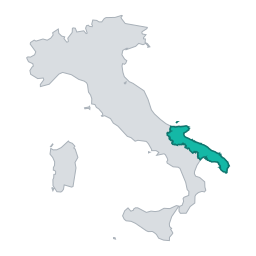 Puglia, Bari, Italy shown in context
{"feature_id": "23120603B69806914684511", "entity_name": "Puglia", "entity_type": "district", "adm_level": 2, "iso_a3": "ITA", "parent_name": "Italy", "parent_adm1": "Bari", "projection": "natural_earth1", "projection_center": [17.16, 41.008], "detail": "fine", "context": "in_parent", "style": "filled", "palette": "teal", "viewbox_px": 256, "rotation_deg": 0, "n_neighbors": 0, "source": "geoboundaries", "source_scale": "gbopen_adm2", "svg_char_len": 9092}
<svg xmlns="http://www.w3.org/2000/svg" viewBox="0 0 256 256"><path d="M34.2,40.1L36.0,41.1L43.0,39.0L47.2,40.2L50.7,38.2L53.1,35.1L52.7,32.7L58.3,29.0L58.8,33.3L61.7,36.1L64.7,36.9L64.0,38.6L66.8,42.2L68.0,41.8L68.4,41.2L67.8,38.2L72.2,32.4L72.4,28.3L73.2,27.9L75.3,28.2L76.8,32.0L83.8,30.8L86.1,33.6L87.2,33.1L85.6,28.2L86.5,25.7L88.3,25.2L89.5,26.4L92.2,26.7L92.4,25.3L91.7,24.3L92.8,20.0L96.7,20.4L99.0,21.9L101.8,21.9L104.3,18.5L106.1,17.6L115.1,17.4L121.7,15.4L122.3,15.8L121.0,17.4L121.4,18.5L125.2,23.5L147.3,27.4L146.9,28.6L142.1,31.7L141.8,32.9L142.5,34.0L146.0,34.7L143.5,37.7L143.5,38.8L145.4,39.0L145.1,42.5L147.4,43.6L149.9,46.8L147.3,47.4L148.4,46.5L145.8,43.4L143.0,44.7L138.7,43.4L135.7,46.3L125.5,49.9L127.3,48.3L126.5,48.3L122.8,50.4L121.9,54.8L124.6,59.1L126.8,60.7L125.7,63.3L124.4,64.3L122.6,63.6L122.0,66.0L122.9,72.3L124.3,76.7L129.3,81.7L132.9,83.3L144.0,90.8L148.0,99.3L151.4,109.9L154.4,113.9L160.5,119.5L166.0,123.7L171.2,126.3L184.9,126.1L188.4,127.1L188.8,128.9L188.1,130.1L184.0,133.1L183.8,135.4L185.7,137.1L195.0,141.5L204.6,145.2L211.0,150.0L219.3,154.0L225.8,160.2L228.1,163.5L228.6,166.0L227.0,170.4L226.1,172.2L221.5,169.7L217.8,162.2L209.6,160.9L207.2,159.6L205.9,157.4L203.3,157.1L201.5,158.3L197.0,165.3L194.6,171.4L194.4,173.8L195.7,176.2L199.7,177.5L204.7,181.8L204.9,187.1L205.8,190.2L204.5,191.9L201.9,191.4L198.5,192.5L196.0,194.5L195.0,196.3L194.8,203.0L190.2,206.5L186.2,213.2L180.4,213.3L179.0,211.2L179.0,208.1L180.0,206.2L182.1,205.3L183.6,201.4L183.1,198.5L184.0,197.3L188.7,195.4L188.9,191.4L187.2,189.6L185.7,182.4L180.0,168.5L178.2,167.2L173.1,166.8L167.2,163.1L166.8,161.6L167.8,160.1L167.2,158.1L165.3,154.6L164.0,153.8L156.6,155.3L158.8,152.4L156.1,150.6L151.6,150.6L151.6,149.4L148.4,143.7L146.3,141.4L137.9,140.3L135.1,141.2L131.1,137.7L127.3,136.3L117.9,126.1L113.3,123.1L110.5,118.6L104.7,115.7L102.0,116.4L101.4,115.8L102.8,114.9L102.5,113.2L98.7,108.8L96.4,107.4L94.9,104.5L91.6,103.9L91.8,98.8L90.6,95.1L88.5,92.1L87.5,84.7L86.5,82.7L84.2,81.1L78.8,79.4L71.4,74.7L62.6,72.4L58.9,74.1L49.2,84.2L40.4,86.6L40.3,84.5L43.8,79.8L43.2,78.0L37.7,78.6L30.7,74.3L29.9,70.5L32.1,67.0L33.3,66.1L32.8,63.7L28.5,61.7L26.9,58.5L26.8,57.5L27.9,56.9L30.5,57.1L34.6,54.8L35.8,51.8L30.2,44.1L30.5,42.5L34.2,40.1ZM125.7,83.7L126.1,81.8L124.2,83.0L124.7,83.8L125.7,83.7ZM178.8,206.1L171.7,216.6L169.3,223.8L169.6,226.5L171.6,228.5L170.6,229.2L172.7,232.6L172.7,233.5L169.5,237.3L169.4,240.6L163.5,240.1L158.7,238.2L156.4,234.4L154.5,232.8L152.4,231.5L148.3,231.6L146.4,230.8L135.4,223.3L131.1,221.3L126.1,220.8L124.2,219.2L122.6,215.9L124.7,210.8L128.0,207.9L130.9,211.2L133.5,210.1L133.6,209.1L135.4,207.8L137.7,207.8L146.4,212.4L151.0,211.1L155.2,211.6L159.0,211.0L164.0,208.3L169.8,208.6L176.4,205.6L178.8,206.1ZM75.2,149.1L77.9,157.4L75.0,162.5L76.0,167.9L73.0,186.5L71.6,187.1L64.2,184.9L63.5,189.2L62.4,190.9L60.9,192.0L56.9,191.7L53.0,185.6L52.9,179.6L53.7,177.8L53.9,174.4L55.5,174.2L55.7,171.8L54.8,170.5L53.3,170.1L53.4,167.5L54.5,165.5L54.7,161.9L52.7,157.4L50.0,154.1L50.8,148.4L53.2,149.9L56.8,149.8L61.2,147.6L68.4,141.0L69.3,142.2L72.3,143.3L74.9,146.2L73.8,148.0L75.2,149.1ZM89.4,106.2L90.0,107.6L89.8,109.4L88.4,108.3L84.9,108.8L84.5,107.8L88.8,107.0L89.4,106.2ZM54.0,188.6L52.9,190.8L51.9,188.0L52.1,187.6L54.0,188.6ZM53.0,144.3L51.3,146.7L50.5,146.6L52.6,143.9L53.0,144.3ZM115.5,239.1L113.6,238.6L113.5,237.6L115.0,237.7L115.5,239.1ZM150.1,152.2L148.5,152.9L148.5,151.7L150.1,152.2Z" fill="#d9dde1" stroke="#a8b0b8" stroke-width="1"/><path d="M167.7,135.3L168.6,136.2L168.8,136.7L169.0,136.6L169.0,136.9L170.0,137.2L170.0,137.4L169.8,137.5L169.7,137.7L169.9,138.1L169.6,138.1L169.2,138.5L169.5,139.3L170.5,139.6L170.4,140.0L170.6,140.2L170.6,140.3L170.8,140.5L171.7,140.3L171.7,140.5L171.9,140.6L172.0,140.8L172.5,140.7L173.0,141.1L173.0,141.3L172.4,141.4L172.4,141.7L172.7,142.3L172.0,142.6L171.8,142.9L171.8,143.2L172.0,143.5L172.3,143.5L172.6,144.0L172.7,144.3L173.2,144.5L173.6,144.3L174.2,144.5L174.5,144.7L175.0,144.2L175.3,144.5L175.5,144.5L175.9,144.9L176.4,144.8L176.6,145.0L177.5,145.3L177.5,145.0L178.2,144.4L178.9,144.4L179.3,144.6L179.7,144.5L179.8,144.7L180.1,144.7L181.0,144.4L181.5,144.7L182.0,144.6L182.1,144.3L182.0,144.1L182.5,144.0L182.6,143.7L182.8,143.9L182.9,143.6L183.1,143.7L183.4,143.5L183.6,143.9L183.8,143.8L184.1,144.1L184.7,144.1L184.8,144.4L184.7,144.5L185.1,144.5L185.1,144.8L185.4,145.4L185.6,145.3L185.9,145.4L186.2,145.8L185.9,146.0L186.0,146.6L185.9,146.7L185.6,147.2L185.0,147.2L185.1,147.5L187.1,148.3L187.5,148.8L187.8,148.6L187.8,148.3L188.3,148.1L188.9,148.3L189.2,148.5L189.5,149.7L189.9,150.4L190.3,150.9L190.9,151.3L191.5,152.0L192.0,152.3L192.5,153.0L192.8,153.1L193.2,152.8L193.8,152.3L194.1,151.7L194.3,152.0L194.5,152.1L194.4,152.3L194.8,152.5L194.7,152.4L194.8,152.2L194.6,152.1L194.7,151.9L195.0,151.8L195.2,152.2L195.3,152.3L195.3,152.1L195.4,152.3L195.5,152.2L195.3,151.8L195.5,151.7L195.7,151.9L196.4,151.9L196.5,152.0L196.8,152.1L196.8,152.3L196.9,152.0L197.1,152.2L198.0,152.8L197.7,153.0L197.6,152.8L197.5,153.0L197.8,153.3L198.0,153.3L197.7,154.5L197.8,154.9L198.1,155.2L197.8,155.4L197.9,155.6L197.7,156.2L198.0,156.7L197.8,156.9L198.2,157.3L197.9,157.9L198.3,158.2L198.5,158.1L199.0,158.3L199.0,158.2L199.3,158.4L199.5,158.9L199.9,159.4L200.1,159.4L200.2,159.6L200.3,159.5L200.5,159.6L201.4,158.5L202.7,157.5L203.9,157.0L204.7,157.0L205.3,157.2L205.3,157.5L205.6,157.3L205.5,157.5L205.6,157.4L205.8,157.6L205.9,157.9L206.1,157.9L206.1,158.0L206.1,157.9L206.2,158.0L206.2,157.9L206.5,158.0L206.5,157.9L206.6,158.0L207.0,158.2L207.1,158.6L207.0,158.9L206.8,159.1L206.4,159.1L206.3,159.4L206.7,159.4L207.6,159.9L207.6,160.1L207.9,160.0L208.2,160.3L208.9,160.5L209.6,161.1L210.5,161.1L210.7,161.4L211.4,161.6L211.6,161.9L214.6,161.7L216.9,162.0L217.3,162.2L217.5,162.1L217.8,162.4L218.1,162.5L218.2,162.8L218.3,162.7L218.5,162.8L218.5,163.1L218.3,162.9L218.8,163.5L218.7,163.9L218.8,164.3L219.4,164.9L219.5,165.1L219.8,165.3L220.3,165.9L220.3,166.4L220.2,166.9L219.7,167.1L220.1,167.2L220.4,167.6L220.5,168.0L220.4,168.2L220.3,168.4L220.0,168.3L220.4,168.9L220.6,169.1L220.7,169.4L221.0,169.9L223.1,171.6L223.3,171.6L223.7,171.9L224.9,171.9L225.6,172.5L225.9,172.5L226.2,172.9L226.5,172.7L226.4,172.8L226.6,172.8L227.0,172.2L226.8,171.8L227.1,170.7L226.9,170.3L227.3,168.5L227.5,168.3L227.7,167.8L228.4,167.3L228.5,166.5L229.2,166.0L228.9,165.6L229.1,165.4L228.9,165.1L228.6,165.1L228.7,164.9L228.3,164.2L228.2,164.1L228.1,163.8L228.2,163.4L227.8,162.7L227.8,162.4L227.6,162.4L227.6,162.2L227.5,161.9L226.8,161.5L226.4,160.8L225.6,160.2L225.4,160.0L225.4,159.8L225.0,159.4L224.2,158.5L223.6,158.1L222.3,157.6L222.1,157.3L221.5,156.9L221.5,156.6L220.8,156.1L220.7,155.9L220.9,155.3L220.4,154.7L220.4,154.4L220.5,154.3L220.1,154.2L219.8,154.2L219.8,154.3L219.6,154.1L219.6,154.3L219.3,154.3L219.2,154.5L219.1,154.3L218.8,154.4L219.2,154.3L219.5,153.9L219.5,154.1L219.6,153.9L220.0,153.9L219.3,153.9L219.0,153.4L218.8,153.5L217.3,153.3L216.6,152.9L216.6,152.7L215.7,152.3L215.1,151.8L212.5,150.9L211.4,150.5L209.9,149.3L209.5,148.9L208.8,148.6L208.6,148.1L207.9,147.5L208.1,147.5L207.9,147.4L207.5,147.1L207.4,147.1L206.9,146.7L206.3,146.5L205.9,146.0L205.1,145.7L204.6,145.4L204.5,145.2L204.5,145.3L203.7,144.9L202.1,144.5L201.5,144.1L200.7,143.9L200.6,143.7L200.5,143.4L200.1,143.3L200.5,143.5L200.4,143.6L200.5,143.6L200.3,143.8L200.1,143.6L199.9,143.6L199.5,143.5L198.9,143.1L197.5,142.7L197.1,142.4L196.3,142.3L195.7,141.9L195.8,142.1L195.5,142.0L195.7,141.9L195.5,142.0L194.7,141.4L193.2,140.9L192.8,140.4L192.8,140.5L192.7,140.4L192.8,140.4L192.4,140.4L191.7,139.9L190.8,139.6L190.6,139.5L190.6,139.4L190.6,139.6L190.4,139.5L190.5,139.3L190.3,139.5L190.0,139.4L189.1,138.7L188.3,138.4L187.8,138.1L187.7,138.1L185.4,137.1L184.7,136.5L184.2,135.8L183.8,134.8L183.7,133.8L183.8,133.1L184.2,133.0L184.2,132.9L184.2,133.1L184.2,132.8L184.6,132.6L186.7,131.5L186.8,131.1L187.5,130.7L188.0,130.4L188.1,130.2L188.4,130.1L188.4,129.9L188.8,129.8L188.9,129.6L188.8,129.4L188.9,128.7L189.0,128.6L188.8,128.6L188.9,128.4L188.7,128.3L188.6,127.9L188.6,127.4L188.8,127.4L188.5,127.3L188.6,127.2L188.4,127.2L188.2,126.8L187.6,126.7L187.0,126.1L186.6,125.9L186.0,126.0L185.8,125.9L184.2,126.3L180.5,126.7L179.9,126.7L179.0,126.4L176.9,126.8L175.4,127.0L174.6,126.9L174.2,126.6L171.8,126.6L170.7,126.4L170.6,127.0L170.7,127.4L170.5,127.6L170.4,128.0L170.1,128.2L170.0,128.4L170.3,128.8L170.3,129.1L170.3,129.4L170.0,129.6L170.0,129.9L170.3,130.3L170.1,130.3L170.4,130.9L171.1,131.1L170.3,131.5L170.1,131.7L170.0,131.9L169.8,131.7L169.7,131.9L169.8,131.9L169.5,132.1L169.1,132.3L169.0,132.5L168.8,132.7L168.7,133.0L168.4,133.0L168.3,132.9L168.1,132.9L168.1,132.7L167.6,132.5L167.1,133.1L167.4,133.3L167.3,133.5L167.3,134.0L167.2,134.6L167.2,135.1L167.7,135.3ZM196.5,151.8L196.4,151.9L196.5,151.8ZM176.8,122.2L176.5,122.4L176.6,122.5L176.8,122.5L176.9,122.2L176.8,122.2ZM205.7,158.6L205.6,158.3L205.2,158.5L205.4,158.6L205.7,158.6ZM177.4,121.8L177.1,121.8L177.1,122.0L177.4,121.8ZM177.0,122.3L177.3,122.1L177.0,122.2L177.0,122.3Z" fill="#14b8a6" stroke="#0f766e" stroke-width="1.5"/></svg>